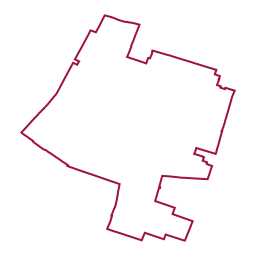 Padina, Buzau, Romania (Natural Earth projection)
{"feature_id": "2599482B78773943722389", "entity_name": "Padina", "entity_type": "district", "adm_level": 2, "iso_a3": "ROU", "parent_name": "Romania", "parent_adm1": "Buzau", "projection": "natural_earth1", "projection_center": [27.115, 44.828], "detail": "fine", "context": "isolated", "style": "outline", "palette": "rose", "viewbox_px": 256, "rotation_deg": 0, "n_neighbors": 0, "source": "geoboundaries", "source_scale": "gbopen_adm2", "svg_char_len": 5307}
<svg xmlns="http://www.w3.org/2000/svg" viewBox="0 0 256 256"><path d="M184.9,240.6L188.0,232.9L190.8,226.1L190.7,226.0L192.7,221.2L172.6,214.1L174.8,207.8L162.9,203.7L155.2,201.1L155.9,198.7L157.3,193.7L159.0,187.9L159.9,188.1L160.2,187.1L159.4,186.3L159.5,186.0L159.5,185.8L159.6,185.5L161.1,180.0L162.3,175.9L163.6,176.0L165.3,176.1L166.8,176.2L168.2,176.3L170.2,176.5L171.2,176.6L171.3,176.5L172.0,176.6L174.5,176.9L175.3,177.0L177.6,177.2L179.0,177.4L181.6,177.7L182.4,177.8L183.0,177.7L189.2,178.1L195.8,178.5L207.6,179.2L208.0,177.9L208.9,175.5L211.4,167.9L212.1,166.1L210.0,165.2L208.3,164.6L206.6,163.8L206.9,162.9L207.0,162.3L202.7,160.7L204.0,157.4L202.8,157.1L202.8,156.5L194.2,153.9L195.2,151.6L196.2,148.0L204.7,150.6L204.9,150.6L215.7,153.9L216.0,153.3L216.3,151.9L217.3,148.3L218.0,145.9L218.5,144.3L219.0,142.4L219.7,140.1L219.9,138.9L222.2,131.0L221.7,130.9L223.4,126.9L224.1,124.4L224.4,123.8L224.8,122.4L225.1,121.0L228.4,110.0L229.9,104.6L230.1,104.4L230.1,104.2L230.4,102.8L230.9,101.2L232.0,97.1L233.6,93.2L234.7,90.6L231.1,89.6L228.1,88.6L225.7,87.8L225.3,87.8L224.9,89.1L220.3,87.6L220.8,86.3L217.0,85.1L217.6,83.4L218.1,82.2L218.3,81.6L218.4,81.3L218.8,80.5L219.2,79.4L218.7,79.3L218.8,79.0L218.9,78.8L219.2,78.0L219.4,77.5L219.5,77.5L219.6,77.2L219.9,76.1L219.6,76.0L214.8,74.3L215.0,73.8L215.3,73.1L215.3,72.9L215.8,71.6L216.2,70.4L216.3,69.9L216.2,69.9L215.6,69.7L213.9,69.2L211.7,68.4L211.4,68.3L209.4,67.8L208.8,67.6L202.1,65.5L201.0,65.2L199.4,64.7L197.5,64.1L192.9,62.7L191.3,62.1L187.8,61.1L177.1,57.8L168.6,55.1L168.1,55.1L164.0,53.9L152.4,50.6L152.3,51.2L152.0,52.2L152.2,52.7L152.1,53.3L151.8,54.2L151.6,54.7L151.2,55.3L150.0,58.4L148.2,57.9L146.2,63.4L143.1,62.3L142.6,62.2L142.0,62.0L141.0,61.6L140.3,61.4L139.2,61.0L138.6,60.8L138.0,60.6L137.7,60.5L137.4,60.4L137.2,60.3L137.0,60.2L136.1,60.0L135.0,59.6L128.0,57.3L127.1,57.0L127.3,56.5L128.0,54.9L128.2,54.5L128.5,53.8L129.0,52.4L129.2,52.1L129.5,51.3L129.7,50.7L130.1,49.8L130.2,49.4L130.8,48.0L131.1,47.5L131.3,46.6L131.3,46.4L131.1,46.2L131.3,45.6L131.4,45.3L131.6,44.8L132.0,44.0L132.2,43.6L132.3,43.2L132.7,42.2L132.8,41.8L133.0,41.6L133.3,40.9L134.1,38.6L134.5,37.6L135.1,35.9L135.5,34.9L136.2,33.3L139.5,24.7L138.1,24.3L137.4,24.1L137.0,24.1L136.9,24.0L136.6,24.0L136.4,23.9L136.2,23.8L135.7,23.7L135.2,23.5L134.6,23.4L133.9,23.2L133.1,23.0L132.2,22.9L131.8,22.8L131.5,22.7L131.0,22.7L130.5,22.6L130.2,22.6L129.7,22.5L129.1,22.4L128.7,22.3L127.9,22.2L127.7,22.1L126.9,22.0L126.7,21.9L126.4,22.0L126.2,22.0L126.0,21.9L125.4,21.9L124.2,21.6L123.9,21.6L123.3,21.4L122.9,21.3L121.9,21.0L120.5,20.6L120.2,20.5L120.1,20.4L119.0,20.1L118.2,19.8L117.9,19.7L117.6,19.6L117.2,19.4L116.4,19.1L115.6,18.8L115.4,18.7L115.1,18.6L114.8,18.4L114.7,18.3L114.4,18.2L114.2,18.2L113.8,18.0L113.7,17.9L113.3,17.8L113.2,17.8L113.0,17.7L112.8,17.6L112.3,17.5L112.0,17.4L111.9,17.3L111.7,17.2L111.2,17.0L110.9,17.0L110.7,16.9L110.4,16.9L110.2,16.8L110.0,16.7L109.5,16.6L108.7,16.4L106.0,15.7L104.7,15.4L102.1,20.5L99.0,26.6L95.9,32.3L93.5,31.4L90.6,30.4L87.9,35.6L82.4,45.7L81.9,46.7L77.9,53.9L74.9,59.4L79.1,61.4L77.8,63.5L77.2,64.7L74.1,63.3L73.1,62.8L72.6,63.7L72.2,64.5L71.8,65.2L71.5,65.8L71.1,66.6L70.8,67.2L69.9,68.7L68.4,71.5L64.3,79.1L62.0,83.5L61.6,84.3L58.7,89.7L56.8,93.2L56.1,94.4L55.7,94.7L54.4,96.2L54.0,96.6L52.8,98.2L47.4,104.7L47.2,104.9L46.8,105.3L46.5,105.7L46.2,106.0L45.8,106.4L45.4,106.8L44.7,107.5L44.2,108.1L43.6,108.7L43.6,108.9L43.4,109.0L43.2,109.1L43.0,109.3L42.5,109.8L42.0,110.3L40.8,111.6L40.1,112.3L39.9,112.4L39.2,113.1L38.6,113.8L38.4,114.1L37.7,114.9L36.2,116.5L34.9,117.8L34.0,118.8L32.6,120.2L31.3,121.7L29.2,124.0L29.0,124.3L28.6,124.8L27.2,126.2L26.6,126.9L25.9,127.6L25.5,128.1L24.8,128.9L23.5,130.2L21.5,132.4L21.4,132.5L22.4,133.5L25.4,135.6L25.8,135.8L26.2,136.1L30.0,138.8L31.0,139.5L32.7,140.7L33.1,141.0L32.8,141.4L32.8,141.5L34.4,142.8L36.1,144.0L37.7,145.2L37.8,145.2L38.5,145.7L39.0,146.1L39.7,146.7L44.4,149.8L44.6,149.9L44.8,149.9L45.1,149.8L45.4,149.9L46.9,150.9L48.0,151.8L49.6,152.8L49.8,152.8L55.7,156.9L55.8,157.0L56.5,157.5L56.8,157.6L58.5,158.8L60.7,160.3L62.8,161.8L63.3,162.1L68.0,165.2L67.4,166.0L68.8,166.5L71.2,167.4L72.7,167.9L73.2,168.1L75.4,168.9L78.6,170.0L82.3,171.3L94.4,175.4L99.6,177.2L110.3,180.9L114.8,182.4L119.6,184.1L119.5,184.5L119.3,185.8L118.7,188.9L118.3,190.6L118.1,191.6L117.9,192.8L117.8,193.7L117.7,194.2L117.1,198.1L116.8,199.7L116.7,200.4L116.6,201.0L116.3,201.9L116.3,202.3L116.2,202.6L115.9,203.4L115.8,203.8L115.7,204.3L115.7,204.7L115.6,204.9L115.6,205.3L115.5,205.6L115.3,206.1L115.3,206.3L115.1,206.6L115.1,206.8L114.9,207.2L114.6,207.7L114.5,208.1L114.4,208.3L114.3,208.5L113.6,210.0L113.5,210.3L113.2,211.1L111.4,215.7L112.0,215.9L111.6,217.1L111.6,217.3L111.4,217.7L111.4,217.9L111.3,218.2L111.0,219.3L110.4,221.1L110.2,221.9L109.9,222.6L109.6,223.3L109.0,224.5L107.9,227.1L107.4,228.4L107.2,229.0L113.5,231.1L116.6,232.1L117.6,232.4L118.5,232.7L119.7,233.1L120.8,233.4L126.7,235.4L127.6,235.7L132.9,237.4L134.6,238.0L138.3,239.2L139.8,239.7L140.2,239.8L141.1,240.1L141.4,240.2L141.5,240.2L141.7,240.3L144.8,232.8L153.4,235.7L162.6,238.8L164.0,239.2L164.8,236.9L165.7,234.6L166.5,234.8L166.8,234.9L168.3,235.4L174.0,237.2L174.4,237.4L176.4,238.0L182.0,239.8L184.8,240.6L184.9,240.6Z" fill="none" stroke="#9f1239" stroke-width="2"/></svg>